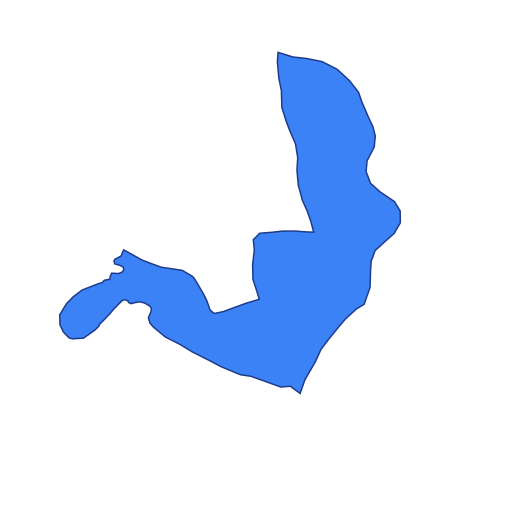 the district of Isoko North, Delta, Nigeria, rotated 135°
{"feature_id": "59680162B76063539046075", "entity_name": "Isoko North", "entity_type": "district", "adm_level": 2, "iso_a3": "NGA", "parent_name": "Nigeria", "parent_adm1": "Delta", "projection": "natural_earth1", "projection_center": [6.267, 5.521], "detail": "fine", "context": "isolated", "style": "filled", "palette": "blue", "viewbox_px": 512, "rotation_deg": 135, "n_neighbors": 0, "source": "geoboundaries", "source_scale": "gbopen_adm2", "svg_char_len": 1846}
<svg xmlns="http://www.w3.org/2000/svg" viewBox="0 0 512 512"><g transform="rotate(135 256 256)"><path d="M96.4,384.4L103.5,378.3L113.8,366.0L121.5,354.5L122.9,353.1L123.0,353.0L132.7,342.7L139.1,330.5L143.6,320.5L148.7,307.5L157.0,296.0L166.4,287.7L176.1,276.1L179.9,269.3L183.7,262.9L188.1,251.4L193.3,240.7L198.4,232.1L203.7,237.8L207.2,241.9L210.8,246.1L219.9,255.1L227.6,261.2L237.3,269.5L246.4,269.4L253.2,261.2L258.3,257.2L264.4,252.4L274.7,241.6L279.8,231.5L284.3,223.1L297.2,230.0L318.6,239.9L326.3,245.0L326.6,250.4L322.3,259.3L320.1,265.9L318.8,270.7L315.7,282.8L315.3,286.5L318.3,298.0L331.0,315.2L336.1,326.2L339.5,333.9L345.2,353.9L351.5,351.4L358.0,353.5L360.1,352.8L361.4,350.2L359.0,345.9L357.7,342.1L359.2,339.6L362.1,339.3L365.6,340.8L370.2,345.9L373.5,344.7L375.7,342.9L380.4,346.1L384.0,346.0L386.2,347.5L403.0,354.9L413.9,356.4L423.6,356.3L436.4,353.2L443.3,345.9L445.9,338.6L446.1,330.5L444.4,327.2L440.1,323.5L436.1,319.9L422.0,317.5L416.8,317.5L414.8,318.3L408.9,318.3L400.4,318.5L393.3,319.1L382.6,319.1L380.0,318.3L378.3,315.0L379.0,313.3L378.0,310.6L375.3,309.1L370.4,305.7L367.8,301.0L366.4,295.2L367.3,292.6L369.8,290.8L375.7,288.5L378.5,283.4L378.8,278.2L377.4,262.9L372.2,247.0L368.9,233.3L363.1,215.8L359.1,202.8L353.0,187.9L350.8,182.8L344.7,174.6L331.1,145.8L323.9,139.7L322.0,127.6L309.1,133.8L300.7,136.1L288.5,139.3L276.2,144.0L264.6,145.6L248.5,147.3L237.5,148.2L222.7,147.6L213.6,145.4L197.5,153.2L185.3,164.7L178.2,170.9L172.5,173.5L167.9,175.6L152.4,174.9L142.1,174.3L139.2,175.1L130.5,177.4L122.2,185.9L119.6,196.6L122.9,213.4L123.6,226.3L118.5,237.8L110.1,244.8L95.3,249.5L86.9,256.4L85.6,258.5L81.8,264.9L78.6,274.0L72.2,290.1L67.7,299.3L66.6,308.1L65.9,313.8L66.6,330.6L71.8,346.6L72.4,347.6L74.4,350.6L80.2,359.4L89.3,370.8L96.4,384.4Z" fill="#3b82f6" stroke="#1e3a8a" stroke-width="1.5"/></g></svg>